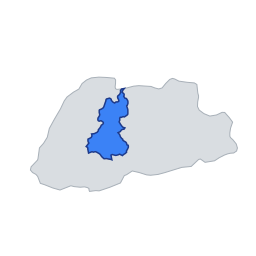 Wangdi Phodrang highlighted on a map of Bhutan, rotated 349°
{"feature_id": "BTN-2487", "entity_name": "Wangdi Phodrang", "entity_type": "District", "adm_level": 1, "iso_a3": "BTN", "parent_name": "Bhutan", "parent_adm1": "", "projection": "albers", "projection_center": [90.204, 27.588], "detail": "fine", "context": "in_parent", "style": "filled", "palette": "blue", "viewbox_px": 256, "rotation_deg": 349, "n_neighbors": 0, "source": "natural_earth", "source_scale": "10m", "svg_char_len": 4191}
<svg xmlns="http://www.w3.org/2000/svg" viewBox="0 0 256 256"><g transform="rotate(349 128 128)"><path d="M203.4,109.8L203.1,111.4L201.4,115.6L200.3,120.2L201.3,124.0L205.3,128.4L210.6,131.9L217.3,132.1L223.4,130.6L225.9,131.2L229.4,137.1L231.8,142.2L228.7,147.6L227.0,152.3L226.4,155.6L226.8,157.0L228.8,159.7L231.2,164.3L231.6,168.5L230.2,171.3L227.0,172.7L223.6,172.3L220.8,172.4L217.3,173.0L211.8,174.6L206.7,176.7L197.1,176.4L193.2,172.3L191.4,172.3L182.7,177.8L173.2,176.9L155.8,178.8L148.6,179.3L141.2,178.7L137.4,177.6L130.4,173.8L124.0,171.0L117.6,173.6L115.3,174.0L110.1,180.5L98.9,182.7L87.7,184.2L84.4,183.3L78.1,182.9L77.9,181.4L78.1,179.9L76.7,178.7L74.1,177.5L69.7,177.0L64.1,175.3L60.9,173.8L49.4,175.9L42.7,172.5L35.2,167.7L31.4,165.6L30.1,158.3L28.8,156.0L25.8,153.5L24.2,150.6L25.5,147.6L33.1,142.2L33.8,140.9L37.3,130.6L42.2,126.9L47.0,121.7L50.7,113.4L57.7,105.0L65.4,96.3L70.6,89.2L74.1,85.9L81.3,82.4L87.2,80.4L91.4,75.6L96.4,73.0L101.5,71.8L109.1,72.5L116.2,74.2L124.1,76.5L125.0,78.4L124.3,81.8L123.2,85.2L123.2,87.0L124.4,88.0L132.0,88.6L141.4,88.0L146.7,88.5L158.5,91.6L162.0,93.8L165.6,95.5L169.1,95.2L173.5,91.5L178.2,88.3L181.1,87.8L183.2,88.8L186.9,91.7L194.7,94.4L201.7,96.4L203.9,98.4L203.2,107.0L203.4,109.8Z" fill="#d9dde1" stroke="#a8b0b8" stroke-width="1"/><path d="M111.4,152.6L110.5,152.5L107.4,151.0L106.1,151.4L106.1,156.2L104.5,155.2L103.6,155.0L101.1,153.9L98.6,153.6L97.1,151.7L96.3,150.2L96.0,149.4L95.8,149.0L95.4,148.3L94.8,147.6L93.5,146.5L92.7,145.8L91.8,145.2L91.3,145.0L89.4,145.1L88.1,144.4L84.5,145.1L84.5,140.9L84.7,140.1L84.6,139.4L84.5,139.2L84.3,139.1L83.9,138.7L83.4,138.2L86.7,135.3L86.2,133.9L86.3,132.5L86.6,131.3L89.8,130.4L90.8,129.5L91.1,128.6L91.2,127.9L91.2,127.5L91.1,126.9L93.7,127.1L93.8,127.1L96.9,126.3L98.3,125.1L98.6,124.0L100.8,122.2L102.4,120.1L103.8,119.6L104.7,118.7L104.8,118.3L104.8,117.8L104.6,117.4L104.1,116.9L103.6,116.3L103.2,115.9L102.7,115.7L102.3,115.7L101.5,115.8L101.0,115.8L100.6,115.5L100.1,115.0L100.0,114.3L100.1,113.5L100.3,113.0L100.4,112.6L100.6,112.3L101.6,111.3L102.2,110.7L102.8,109.5L102.7,107.4L103.1,105.2L103.3,104.9L103.5,104.7L103.8,104.7L104.1,104.6L104.4,104.5L105.7,104.3L106.3,104.0L107.6,103.4L108.1,102.8L108.5,102.3L108.8,101.7L111.4,97.2L111.8,96.0L112.1,95.7L112.4,95.4L112.7,95.4L114.7,95.2L115.7,95.2L116.7,96.1L116.9,96.5L117.0,96.8L116.9,97.0L116.9,97.4L117.0,97.8L118.2,99.8L119.1,100.5L119.6,100.9L120.0,100.8L120.3,100.6L120.7,100.3L121.0,100.2L121.4,100.1L122.3,100.4L122.6,100.4L123.0,100.3L123.7,100.2L124.0,100.0L124.2,99.6L124.2,99.2L124.1,98.8L124.1,98.1L124.0,97.8L123.9,97.4L123.7,97.1L123.7,96.8L123.7,96.3L123.6,95.9L123.7,95.3L124.1,94.6L126.0,93.5L126.6,92.9L127.3,91.9L127.6,91.0L127.8,89.6L128.7,88.9L129.1,88.5L131.9,88.5L130.0,90.1L129.1,91.8L130.4,93.5L130.6,94.0L130.6,94.5L130.4,95.2L130.2,95.5L130.1,95.8L129.9,95.9L129.8,96.1L129.9,96.4L130.1,96.6L130.2,97.0L130.4,97.5L130.6,97.9L130.7,98.2L130.9,98.3L131.6,98.5L131.8,98.6L132.0,98.7L132.2,99.0L132.3,99.3L132.4,99.8L132.5,100.1L132.7,100.3L132.8,100.6L132.9,101.0L133.0,101.7L132.7,103.7L132.0,105.0L131.6,105.6L131.3,105.8L131.1,105.8L130.9,106.1L130.9,106.4L131.3,109.2L131.3,110.2L130.7,113.4L130.5,114.2L130.2,114.7L129.5,115.2L126.7,116.4L126.4,116.4L126.1,116.3L125.5,115.9L125.1,115.9L124.8,116.0L124.4,116.1L123.8,116.2L123.5,116.3L123.3,116.2L123.0,116.2L122.8,116.1L122.6,116.0L122.4,116.0L122.2,116.2L121.9,116.5L121.8,116.8L121.6,117.3L121.5,118.5L121.3,119.0L120.5,120.1L120.5,120.5L120.6,120.9L120.9,121.5L121.0,121.8L121.1,122.1L121.1,122.3L121.4,122.9L121.5,123.2L122.6,125.5L123.2,126.3L125.0,127.3L124.4,127.9L124.1,128.1L123.9,128.4L123.7,128.5L123.2,128.3L122.8,128.3L122.4,128.3L121.5,128.6L121.0,128.8L119.9,129.9L119.6,130.1L117.3,130.7L118.4,132.6L118.6,133.2L118.9,135.3L119.9,137.1L120.7,138.0L120.7,138.3L120.7,138.6L120.6,138.8L120.7,139.1L121.0,139.5L122.9,141.2L123.3,141.7L123.6,142.4L123.8,144.4L124.9,145.0L124.9,145.9L124.6,147.1L123.4,148.8L122.6,149.7L122.0,150.4L122.0,151.5L120.4,152.5L119.0,153.0L117.2,154.0L116.6,153.4L115.9,153.0L115.0,152.2L114.8,152.1L114.5,152.1L113.6,152.4L111.4,152.6Z" fill="#3b82f6" stroke="#1e3a8a" stroke-width="1.5"/></g></svg>